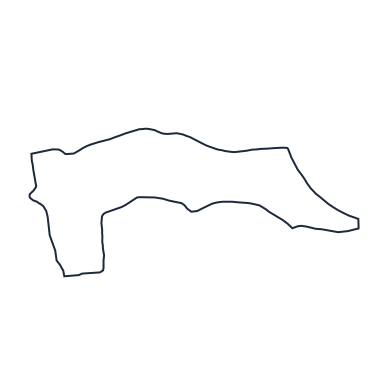 the district of San Andrés Sajcabajá, Quiché, Guatemala, rotated 263°
{"feature_id": "79465075B6703764087341", "entity_name": "San Andrés Sajcabajá", "entity_type": "district", "adm_level": 2, "iso_a3": "GTM", "parent_name": "Guatemala", "parent_adm1": "Quiché", "projection": "natural_earth1", "projection_center": [-90.946, 15.223], "detail": "fine", "context": "isolated", "style": "outline", "palette": "slate", "viewbox_px": 384, "rotation_deg": 263, "n_neighbors": 0, "source": "geoboundaries", "source_scale": "gbopen_adm2", "svg_char_len": 1959}
<svg xmlns="http://www.w3.org/2000/svg" viewBox="0 0 384 384"><g transform="rotate(263 192 192)"><path d="M260.7,147.2L258.3,133.3L257.2,128.8L256.6,126.2L255.7,122.0L254.4,116.9L252.9,105.2L251.4,97.0L250.3,93.0L249.1,89.5L247.0,85.1L244.6,79.4L244.9,72.3L245.3,70.7L247.8,68.5L249.0,66.9L249.6,66.2L250.5,64.4L251.3,58.9L249.5,37.3L242.3,36.8L238.7,37.2L232.7,37.2L230.0,37.4L220.8,37.8L217.3,38.1L216.1,37.8L212.8,35.0L209.5,30.6L207.1,30.2L205.9,30.6L203.1,33.3L201.2,37.0L199.1,39.1L199.0,39.7L196.2,42.6L194.5,43.4L190.9,45.0L185.1,45.7L166.4,45.5L150.6,49.1L140.4,49.3L136.0,52.0L131.2,53.9L129.9,54.6L123.9,55.0L123.3,69.6L124.4,72.8L124.2,76.9L123.4,90.8L125.0,94.1L127.6,95.0L134.5,95.8L139.8,97.0L147.3,96.7L150.3,97.0L153.0,96.8L159.4,97.7L162.6,97.8L165.0,98.2L172.3,98.3L178.8,99.7L180.8,101.3L182.0,103.5L185.7,120.5L187.6,125.3L193.2,136.6L193.3,139.1L191.1,154.5L188.9,162.2L186.1,168.6L182.2,180.3L179.7,183.0L176.0,185.2L173.8,187.6L172.5,188.9L172.5,194.9L174.6,200.7L178.0,210.7L178.6,215.8L178.6,221.2L177.4,230.8L175.8,238.1L174.5,244.9L173.8,247.9L172.7,251.3L170.5,257.3L165.7,263.4L163.0,266.0L153.4,278.3L148.8,283.1L143.8,287.2L145.1,292.7L145.1,296.3L143.7,301.5L140.4,310.3L139.1,316.6L134.3,332.2L134.2,341.9L134.5,344.5L134.8,346.7L135.3,351.1L135.5,352.8L137.2,353.1L139.4,353.3L145.0,353.8L148.2,347.4L149.1,345.5L150.2,343.7L152.0,340.8L156.1,334.8L158.9,331.3L163.3,326.1L171.8,318.1L175.3,314.6L177.7,312.9L181.0,310.4L186.5,307.3L189.8,305.9L194.9,303.4L201.2,299.7L213.9,294.9L223.0,292.6L224.1,291.9L224.9,287.9L225.5,279.6L225.9,271.5L226.4,265.5L226.4,261.3L226.7,257.0L226.3,251.4L226.4,239.1L227.1,235.6L228.5,230.3L229.8,226.9L230.9,223.1L232.9,218.8L233.8,217.1L234.8,215.0L236.6,211.6L241.4,204.5L246.6,196.9L248.9,192.3L250.1,190.3L252.2,184.1L252.6,174.8L253.4,170.7L254.2,168.7L256.6,164.6L257.9,162.6L258.5,160.9L259.7,157.3L260.4,154.4L260.7,147.2Z" fill="none" stroke="#1e293b" stroke-width="2"/></g></svg>